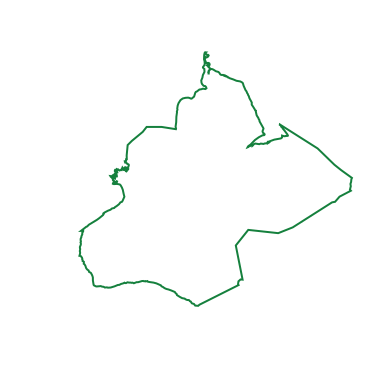 Do'rgon, Hovd, Mongolia, rotated 142°
{"feature_id": "93677404B47825752069275", "entity_name": "Do'rgon", "entity_type": "district", "adm_level": 2, "iso_a3": "MNG", "parent_name": "Mongolia", "parent_adm1": "Hovd", "projection": "orthographic", "projection_center": [92.87, 48.326], "detail": "fine", "context": "isolated", "style": "outline", "palette": "green", "viewbox_px": 384, "rotation_deg": 142, "n_neighbors": 0, "source": "geoboundaries", "source_scale": "gbopen_adm2", "svg_char_len": 6004}
<svg xmlns="http://www.w3.org/2000/svg" viewBox="0 0 384 384"><g transform="rotate(142 192 192)"><path d="M95.1,293.5L95.6,294.0L96.4,293.8L98.0,292.5L100.8,289.2L101.6,287.3L103.0,285.2L104.2,284.3L106.4,283.7L106.7,283.4L106.8,282.5L106.5,281.4L108.2,279.0L111.5,277.4L113.4,275.7L116.0,274.2L117.2,272.3L117.6,270.9L117.5,268.8L117.2,268.1L116.4,267.3L116.3,266.6L116.4,265.7L116.8,264.8L118.1,264.9L119.8,266.7L121.3,267.2L123.1,268.2L126.2,268.2L127.4,268.5L128.3,268.2L131.6,265.9L134.8,265.8L135.4,266.3L136.0,267.5L136.9,268.7L139.1,270.2L141.7,271.4L144.5,271.5L147.9,270.3L150.1,268.9L152.3,266.8L152.7,265.9L154.4,264.7L154.7,264.1L158.0,260.9L161.5,256.7L164.7,253.6L165.6,251.7L166.0,251.4L176.0,262.1L187.7,271.2L193.8,269.7L207.9,269.3L213.8,268.6L221.0,261.0L223.2,258.0L223.8,258.4L224.7,257.2L225.3,257.0L225.3,257.4L225.9,257.6L226.0,256.8L226.4,256.8L226.5,256.4L225.8,256.2L225.9,254.7L225.6,254.5L225.5,253.6L225.1,253.0L225.0,252.6L225.3,252.0L226.8,250.9L227.6,251.0L228.0,250.4L228.0,249.4L228.5,249.1L229.0,249.5L229.7,249.3L230.2,248.8L231.0,248.6L231.2,249.0L230.7,249.3L229.2,249.7L229.3,250.2L229.8,250.4L229.9,250.7L229.0,252.1L229.4,252.7L229.9,252.6L230.0,252.3L229.8,252.1L229.8,251.9L231.1,252.1L231.3,251.4L231.8,251.0L232.3,251.5L232.1,252.5L232.6,253.2L232.0,253.2L231.7,253.5L231.7,254.1L232.3,253.7L232.7,253.7L233.2,253.0L233.9,252.6L234.3,253.2L234.8,253.1L235.4,253.6L235.9,253.6L236.3,254.5L236.2,255.2L236.6,255.6L236.9,255.3L237.1,255.3L237.0,255.9L237.2,256.4L238.1,256.0L238.3,255.2L238.5,255.6L238.2,256.4L238.9,256.8L239.6,256.4L240.0,255.9L240.0,255.5L239.5,254.8L239.4,253.8L239.8,254.0L240.1,253.4L240.2,253.9L240.4,253.9L241.0,252.7L241.6,253.2L241.9,253.9L242.1,253.8L242.1,253.1L241.4,252.5L241.6,251.7L241.3,251.1L241.6,250.6L242.0,250.9L242.5,250.9L242.8,251.5L242.8,251.8L242.3,252.1L242.4,252.5L242.8,252.6L243.7,253.9L244.1,253.9L243.9,253.1L244.7,253.2L244.0,252.6L244.0,252.0L243.5,251.8L243.4,251.4L243.6,251.3L243.9,251.6L244.2,251.3L244.3,250.0L244.4,249.9L244.7,250.3L245.0,251.6L245.4,252.0L245.5,253.0L246.3,254.6L246.5,254.8L246.6,254.0L246.3,252.2L246.4,251.4L246.1,250.8L246.6,250.6L247.0,250.1L247.0,249.2L246.6,248.8L246.7,248.0L247.4,248.0L247.6,247.6L246.8,247.2L246.1,247.3L245.3,246.5L244.7,246.8L244.5,246.4L244.8,246.1L245.3,246.1L246.7,246.6L248.1,246.8L249.0,247.5L249.3,247.2L248.7,246.3L246.2,244.6L244.3,242.5L244.1,241.2L244.5,238.6L245.2,236.3L247.1,232.4L248.2,229.9L252.1,227.8L253.3,227.4L254.8,227.9L257.1,227.3L260.3,227.3L261.9,227.5L263.1,227.3L265.3,228.3L267.1,228.2L269.7,229.0L273.6,229.7L275.1,229.7L275.3,229.5L274.8,229.4L274.8,229.2L276.3,228.6L281.4,228.5L284.0,228.6L293.4,229.7L295.8,229.4L296.8,229.7L303.4,229.7L303.0,229.4L301.3,229.4L301.1,229.1L302.1,227.9L303.6,227.4L304.5,226.2L306.4,225.2L307.0,224.5L308.5,223.7L309.4,222.7L309.8,221.6L310.9,220.9L311.0,220.2L312.1,218.9L314.2,217.7L314.9,216.7L315.2,215.9L316.8,214.5L317.2,213.5L318.2,212.3L320.0,211.0L319.1,210.0L319.1,208.1L319.6,206.8L320.0,206.5L320.2,205.6L320.7,204.9L320.4,204.5L320.2,203.5L321.5,202.1L321.2,201.1L321.5,199.2L322.2,197.5L322.3,196.6L322.3,195.5L321.8,193.8L322.3,192.4L321.6,190.9L321.5,190.4L321.8,188.5L322.2,187.0L322.8,185.6L324.5,183.4L326.7,179.4L326.7,178.7L325.8,176.8L325.2,176.2L321.8,174.0L321.2,172.9L320.0,171.7L319.5,170.4L317.7,169.2L317.2,168.4L314.9,166.8L311.0,165.3L307.7,164.4L306.5,163.6L304.4,163.2L302.6,162.4L301.0,162.1L300.8,161.4L300.0,160.8L298.5,160.6L297.4,159.4L296.1,158.4L295.6,157.7L294.6,157.1L294.0,155.9L291.1,155.0L290.0,154.1L286.2,152.6L285.3,152.0L284.7,151.1L283.6,150.5L283.5,150.0L282.0,149.3L282.0,148.5L280.9,147.2L278.1,144.3L276.3,141.9L274.0,137.6L274.1,136.5L273.4,135.1L272.8,133.1L271.9,131.4L270.5,129.6L269.0,127.2L267.1,123.8L267.2,122.3L266.9,121.0L267.3,120.0L267.2,119.7L266.2,116.9L265.1,114.4L263.4,112.5L263.2,111.5L262.3,109.9L261.4,109.2L260.9,108.5L260.9,107.3L260.4,106.4L260.6,105.2L260.6,104.3L259.4,102.6L259.4,100.5L257.2,98.5L255.5,98.6L212.6,90.0L212.5,91.0L210.4,93.0L207.6,93.2L206.1,91.8L190.4,122.9L171.0,127.5L149.4,106.5L134.4,102.1L88.0,97.6L85.3,96.2L78.6,97.5L66.0,95.2L66.1,96.6L63.3,98.8L62.2,100.8L60.4,102.0L58.6,103.9L57.3,104.6L61.0,117.4L63.0,125.8L66.2,149.0L81.2,191.1L81.5,190.8L81.1,189.8L81.5,188.4L81.2,187.1L81.4,186.0L81.3,183.5L81.4,178.6L81.7,177.4L81.9,177.3L82.7,177.7L83.6,178.5L84.4,178.7L85.2,179.4L86.3,181.0L87.5,179.5L89.0,179.5L94.9,182.6L101.0,184.6L101.4,184.9L101.7,184.7L101.0,184.2L100.8,183.6L102.8,183.8L102.8,184.5L103.5,184.6L104.8,185.5L106.0,185.8L108.0,187.8L109.6,188.3L112.3,191.2L113.7,191.6L115.6,191.2L115.8,191.2L115.4,191.7L119.5,193.0L120.0,192.8L120.7,193.0L120.1,193.3L119.2,193.5L116.8,193.3L110.4,194.2L105.6,194.0L101.7,193.3L100.1,192.4L99.5,192.5L99.3,192.7L99.2,193.1L99.5,193.6L99.3,193.9L99.6,194.4L99.3,196.0L98.8,196.6L96.7,197.9L96.5,198.2L95.3,206.0L94.6,207.3L94.5,208.5L94.0,210.1L94.1,210.6L93.8,212.7L92.3,215.9L91.6,216.7L91.9,217.1L91.9,217.6L91.7,218.3L91.3,221.8L91.2,223.7L91.0,224.3L89.8,225.7L89.0,230.5L88.2,232.7L88.1,233.8L87.7,234.9L87.6,236.2L87.1,237.7L87.1,239.3L85.9,244.0L85.2,245.7L84.9,246.8L85.0,247.3L85.8,249.3L88.5,252.3L90.1,255.2L92.4,258.7L92.7,259.7L93.1,260.1L93.0,260.9L93.4,261.5L93.8,261.7L93.7,262.3L94.1,262.5L94.1,263.0L94.6,263.0L94.8,263.3L94.6,264.0L94.8,264.4L95.4,264.5L95.5,265.2L96.9,266.3L97.3,267.3L97.1,269.1L97.3,270.4L98.8,272.4L99.8,275.3L100.5,276.5L101.2,277.2L103.3,277.3L104.0,277.1L105.9,275.1L106.0,275.2L105.1,276.1L105.0,276.3L105.2,276.5L104.1,277.3L102.4,277.5L102.1,277.7L102.1,278.2L101.7,278.7L102.1,280.5L101.9,281.7L102.2,282.5L101.4,282.5L101.7,281.7L101.0,281.5L100.5,281.0L99.6,281.6L99.4,282.0L99.2,282.6L99.4,283.4L101.4,285.0L101.7,284.8L101.9,285.0L101.7,285.8L100.8,286.5L100.8,287.7L99.9,288.9L99.6,290.0L98.1,289.9L98.0,289.2L97.1,288.9L96.5,289.0L95.9,288.8L94.8,289.4L94.9,290.2L96.1,291.2L95.9,292.3L96.4,293.2L95.9,293.5L95.1,293.5Z" fill="none" stroke="#15803d" stroke-width="2"/></g></svg>